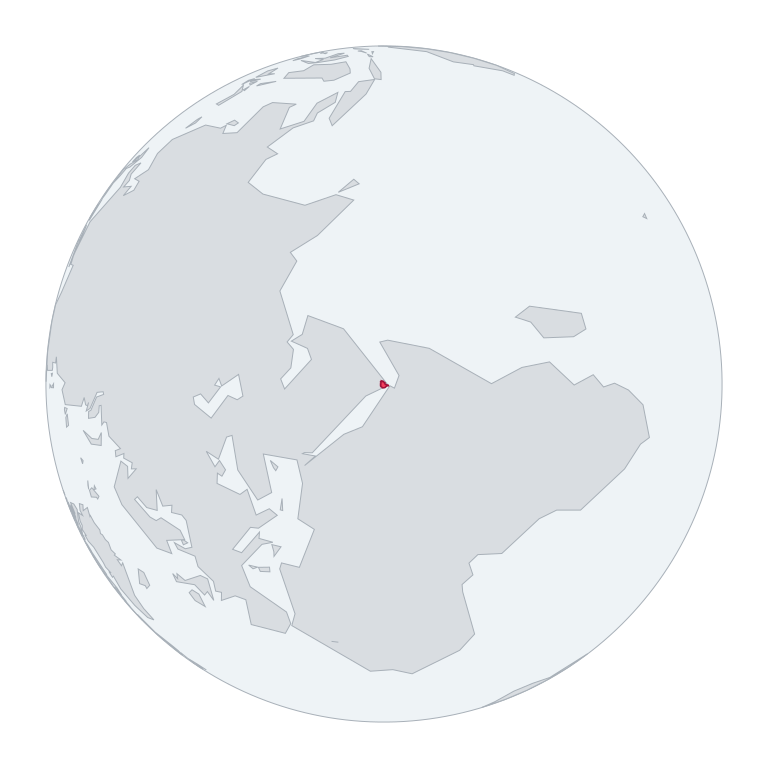 globe centered on Ta`izz, rotated 255°
{"feature_id": "YEM-158", "entity_name": "Ta`izz", "entity_type": "Governorate", "adm_level": 1, "iso_a3": "YEM", "parent_name": "Yemen", "parent_adm1": "", "projection": "orthographic", "projection_center": [43.878, 13.272], "detail": "fine", "context": "on_globe", "style": "filled", "palette": "rose", "viewbox_px": 768, "rotation_deg": 255, "n_neighbors": 0, "source": "natural_earth", "source_scale": "10m", "svg_char_len": 10252}
<svg xmlns="http://www.w3.org/2000/svg" viewBox="0 0 768 768"><g transform="rotate(255 384 384)"><circle cx="384" cy="384" r="338" fill="#eef3f6" stroke="#a8b0b8"/><path d="M293.5,58.4L294.2,58.2L283.4,61.4L279.4,62.7L293.5,58.4ZM242.0,77.3L234.0,81.2L224.3,86.2L242.0,77.3ZM223.3,86.8L218.4,89.4L225.4,86.1L203.7,98.6L184.8,112.6L179.5,116.4L174.2,119.2L176.9,117.0L199.5,100.9L223.3,86.8ZM160.2,130.8L160.8,130.3L155.6,135.0L155.4,135.2L160.2,130.8ZM46.3,394.9L48.4,408.8L53.7,429.9L56.4,450.0L57.6,468.1L70.8,510.9L62.6,488.5L56.1,465.6L51.1,442.2L47.9,418.6L46.3,394.9ZM326.0,51.1L324.9,51.3L323.7,51.5L326.0,51.1ZM319.2,52.3L320.2,52.2L322.6,51.8L316.9,53.0L314.8,53.2L319.2,52.3ZM297.7,58.3L300.8,57.1L306.0,55.9L297.7,58.3ZM324.0,51.6L326.0,51.2L328.3,50.8L328.7,50.9L324.0,51.6ZM356.4,47.2L356.1,47.3L345.4,48.3L349.7,47.9L341.1,48.8L345.0,48.3L356.4,47.2ZM336.4,50.0L322.6,52.3L315.7,54.3L310.9,55.2L322.9,51.9L336.4,50.0ZM339.9,49.1L336.6,49.8L332.3,50.3L331.9,50.2L339.9,49.1ZM364.6,46.6L359.4,47.1L362.5,46.8L364.6,46.6ZM335.2,50.4L338.5,49.9L335.2,50.5L335.2,50.4ZM352.9,47.8L354.0,47.6L356.4,47.4L352.9,47.8ZM344.3,49.4L339.9,50.0L339.4,49.7L344.3,49.4ZM348.9,48.6L352.0,48.4L341.9,49.3L349.0,48.4L348.9,48.6ZM355.0,47.7L356.8,47.5L354.2,47.9L355.0,47.7ZM348.5,50.4L335.9,51.6L334.9,50.9L347.3,49.7L348.5,50.4ZM529.7,79.1L528.3,78.5L532.9,80.7L543.6,86.3L545.6,87.3L556.0,96.2L579.1,114.5L580.6,112.5L589.2,117.8L616.8,142.1L642.2,180.3L653.8,191.8L659.6,200.3L660.5,206.5L652.2,194.1L646.5,190.7L641.7,183.5L640.4,190.9L633.4,180.9L635.9,192.5L643.2,199.9L646.8,196.3L652.0,212.0L665.3,224.9L675.0,242.9L680.3,278.7L673.4,292.3L674.7,298.6L667.7,293.2L664.8,307.1L683.0,339.0L684.7,349.2L677.0,371.7L675.7,364.2L657.2,349.7L658.4,374.7L672.6,392.0L677.6,414.9L668.7,409.8L663.0,389.8L656.4,384.1L654.9,362.5L643.1,332.6L633.9,340.8L631.5,328.1L613.9,305.0L598.8,316.2L577.1,353.9L579.3,386.6L569.5,402.4L544.7,358.2L535.4,327.6L525.3,331.6L500.8,307.5L455.2,309.1L449.7,301.3L440.9,305.5L423.7,298.2L415.7,285.5L404.9,286.7L426.5,320.3L438.2,319.3L449.4,305.6L453.1,317.9L469.8,328.2L447.8,359.2L381.7,387.7L377.1,363.3L336.1,296.9L338.3,289.6L338.2,288.7L337.8,287.2L332.2,299.1L325.8,286.2L345.8,332.2L348.3,352.1L380.8,389.2L377.3,393.0L388.3,400.7L425.6,390.8L425.4,398.9L406.7,437.0L356.5,487.9L364.3,521.5L362.5,549.6L333.8,567.4L338.8,588.5L324.3,595.3L325.1,606.9L314.9,618.6L296.9,628.8L263.6,626.5L259.5,616.2L239.7,594.4L211.3,541.2L217.5,518.1L213.7,499.0L189.8,453.9L194.9,430.5L189.0,419.7L176.6,420.5L170.1,407.5L162.8,406.2L119.0,406.8L107.2,388.2L96.8,336.2L105.8,318.6L110.1,296.5L174.5,232.4L185.1,238.6L232.4,235.4L237.7,238.7L228.8,254.8L261.6,279.1L276.1,265.9L309.1,279.6L333.2,280.3L347.6,249.3L308.2,247.4L304.6,232.0L338.8,220.5L373.7,223.9L373.5,218.2L354.2,204.6L365.0,194.9L347.8,199.3L352.7,205.3L342.1,208.7L336.9,203.6L341.0,200.0L331.2,197.0L314.6,216.3L317.7,224.5L290.5,226.6L293.2,240.9L284.8,246.9L277.2,225.4L280.1,217.9L263.5,195.0L257.9,202.8L273.2,225.4L267.2,223.3L259.9,235.7L260.7,224.6L245.5,199.5L222.8,202.3L189.0,230.8L176.7,231.9L168.7,224.2L186.0,193.5L211.4,194.7L217.9,185.4L217.0,170.9L224.8,173.1L227.5,167.8L237.5,168.2L255.8,157.1L266.6,156.9L277.9,142.2L285.0,140.5L276.3,149.4L276.0,156.2L303.4,157.6L309.8,154.8L314.9,145.5L321.8,147.8L323.3,138.7L341.0,136.6L320.6,132.2L326.1,122.8L338.9,116.6L337.1,113.2L316.1,123.5L311.0,128.6L312.5,134.0L295.5,149.2L285.3,151.2L289.2,133.6L275.1,135.1L284.3,122.1L335.3,99.6L354.5,96.8L377.6,109.9L370.8,115.0L359.1,112.3L366.2,122.7L367.4,118.0L373.1,120.4L379.8,113.4L384.2,114.8L383.1,106.2L389.2,107.2L389.8,112.7L404.8,104.8L418.6,106.0L419.9,103.7L417.4,100.8L436.6,105.2L436.7,103.3L430.4,101.1L426.6,96.2L427.3,89.7L433.9,91.6L434.5,94.1L445.8,103.0L446.5,110.5L449.2,110.7L450.2,104.7L436.5,93.7L435.0,89.4L442.6,93.9L439.7,91.9L441.1,90.4L448.6,90.9L440.8,85.9L446.6,70.8L461.8,71.5L467.8,76.3L478.9,71.2L495.1,74.6L489.3,72.2L490.7,69.6L485.7,68.3L483.0,67.1L484.3,62.5L489.7,63.7L483.7,61.1L480.7,60.2L476.4,59.0L473.7,58.2L502.1,67.4L529.7,79.1ZM149.0,266.7L146.4,273.1L149.0,266.7ZM408.8,244.6L430.9,246.0L424.1,226.7L432.1,226.0L426.8,220.1L423.5,225.4L411.2,209.5L421.9,204.3L420.8,196.4L413.3,195.7L395.8,208.2L413.3,230.3L406.8,238.1L408.8,244.6ZM162.2,130.8L153.8,138.4L159.1,133.2L156.1,135.4L163.5,128.0L177.3,118.0L169.7,123.5L162.2,130.8ZM171.4,121.3L171.0,121.7L171.3,121.4L171.4,121.3ZM232.9,141.8L234.9,145.3L229.0,150.8L215.3,153.7L223.7,145.5L232.9,141.8ZM239.1,149.2L246.8,132.4L255.6,130.8L249.4,134.3L254.4,134.9L245.7,141.0L246.6,157.0L241.4,163.2L219.0,163.6L229.2,159.7L226.6,156.1L239.1,149.2ZM251.0,101.2L254.4,96.3L269.0,98.7L264.1,103.2L250.2,105.6L247.8,102.0L251.0,101.2ZM270.7,65.8L271.1,65.5L273.7,64.7L275.5,64.2L270.7,65.8ZM260.8,69.4L259.9,69.8L267.3,67.2L271.7,65.7L287.7,60.3L299.2,56.9L303.1,55.9L309.9,54.3L313.2,53.8L311.5,54.3L305.9,55.4L307.7,55.4L298.4,57.5L298.7,57.8L271.8,66.8L270.8,66.7L256.2,73.3L248.0,75.9L257.8,71.3L240.5,78.9L246.1,75.8L234.6,81.3L257.2,70.8L258.6,70.2L260.8,69.4ZM345.3,61.9L339.5,60.7L341.5,65.5L332.2,65.7L333.0,66.3L325.0,68.2L316.6,71.7L312.9,71.4L311.2,73.0L305.8,74.6L302.3,76.8L294.4,77.5L289.4,80.5L288.5,79.2L282.1,84.3L283.3,80.9L276.4,83.4L278.9,85.3L244.5,88.4L229.2,93.8L215.7,100.7L219.6,95.3L234.6,86.0L254.2,76.7L268.4,72.9L267.6,71.7L274.1,69.7L272.1,71.5L279.2,67.7L284.0,66.7L301.5,61.4L308.7,57.7L315.3,56.1L314.9,57.1L321.7,54.9L325.4,55.9L330.2,55.0L338.6,55.6L335.0,58.9L340.6,57.7L347.3,58.8L345.3,61.9ZM350.6,50.6L348.4,53.3L342.3,55.1L330.2,53.4L325.4,54.1L317.4,54.1L326.5,51.8L328.0,51.9L331.5,51.5L327.2,52.4L333.3,51.4L335.4,51.8L340.7,51.3L338.6,52.1L350.6,50.6ZM245.9,233.1L250.4,234.2L257.9,234.1L253.4,242.4L245.9,233.1ZM235.0,216.0L239.4,215.3L236.7,226.0L232.1,225.2L235.0,216.0ZM244.1,206.4L239.8,214.5L239.4,209.7L244.1,206.4ZM280.6,148.6L285.5,147.9L285.2,150.1L281.4,153.3L280.6,148.6ZM349.3,79.6L347.0,77.7L349.0,77.0L350.6,72.1L357.6,72.0L359.4,74.9L349.3,79.6ZM339.6,254.4L331.4,260.1L328.3,257.0L331.8,255.6L339.6,254.4ZM289.3,251.2L299.8,255.9L288.0,253.4L289.3,251.2ZM357.2,78.7L357.0,76.5L360.7,77.9L357.2,78.7ZM362.8,71.8L367.5,72.9L358.6,71.5L362.8,71.8ZM478.6,677.3L481.2,679.8L475.8,680.6L478.6,677.3ZM421.5,544.7L401.2,592.9L384.9,593.3L380.6,579.4L387.2,550.3L405.8,541.8L414.6,528.2L421.5,544.7ZM706.0,458.3L708.2,458.3L707.8,459.9L706.0,458.3ZM704.0,454.5L707.0,453.3L702.9,458.2L704.0,454.5ZM708.1,452.9L711.1,448.2L712.4,444.9L711.8,448.3L708.1,452.9ZM701.6,455.8L685.9,461.7L678.8,460.0L681.3,453.8L692.8,451.3L701.6,455.8ZM680.6,453.8L668.7,441.7L646.9,400.8L654.9,399.8L676.5,422.2L675.3,427.4L682.6,437.7L680.6,453.8ZM706.5,415.6L705.1,430.6L697.2,432.7L693.1,431.9L690.4,414.3L692.0,404.3L695.6,403.3L705.2,366.5L709.4,372.6L707.4,387.5L710.5,398.7L706.5,415.6ZM581.0,389.5L589.6,407.8L583.8,411.8L581.0,389.5ZM706.1,342.5L704.2,358.2L704.9,338.0L706.1,342.5ZM704.6,324.2L706.3,331.0L703.5,325.1L704.6,324.2ZM677.5,308.0L673.9,310.9L672.3,306.2L676.0,299.7L677.5,308.0ZM682.4,258.5L687.9,272.3L689.2,277.3L684.9,269.5L682.4,258.5ZM417.1,81.4L407.0,87.7L404.5,93.6L410.3,98.4L397.8,94.9L401.7,85.7L417.1,81.4ZM442.3,71.6L437.1,68.3L442.1,68.7L444.0,69.5L442.3,71.6ZM437.2,70.3L425.7,68.6L424.5,66.2L433.9,68.0L437.2,70.3ZM391.3,71.9L387.8,73.5L384.9,72.2L391.3,71.9ZM662.6,575.3L650.1,590.3L648.5,589.6L655.8,579.7L668.1,553.2L669.3,553.1L677.2,534.4L694.0,511.2L708.2,475.6L709.6,474.5L711.9,465.7L705.2,488.9L696.9,511.6L687.0,533.6L675.5,554.9L662.6,575.3ZM711.1,456.3L715.1,442.8L716.1,440.8L711.1,456.3ZM721.0,408.4L721.3,402.7L721.6,398.2L721.0,408.4ZM721.7,396.7L721.3,393.9L721.9,388.8L721.7,396.7ZM719.0,411.2L718.7,415.2L718.2,412.9L719.0,411.2ZM719.8,408.1L720.7,410.2L719.5,411.5L719.8,408.1ZM712.3,401.0L713.2,409.5L716.2,401.7L713.9,411.5L714.9,425.2L713.8,431.4L713.0,416.4L711.1,433.6L709.7,434.2L709.8,420.3L711.8,402.0L713.2,393.9L718.0,387.5L712.3,401.0ZM720.2,397.0L719.7,386.9L719.9,379.6L720.5,384.5L720.2,397.0ZM716.6,363.4L713.4,352.9L712.0,358.8L713.4,339.5L716.5,352.7L716.6,363.4ZM711.5,338.4L710.4,343.8L710.6,332.9L711.5,338.4ZM709.2,340.1L707.4,332.0L709.2,332.1L709.2,340.1ZM712.5,338.2L710.1,324.0L712.4,331.7L712.5,338.2ZM702.6,314.2L709.0,325.5L703.4,322.5L696.0,296.4L697.9,294.6L702.6,314.2ZM668.3,207.3L663.9,200.9L663.6,198.5L666.8,203.5L668.3,207.3ZM658.6,187.7L662.1,195.9L664.2,203.9L666.8,206.3L673.1,218.2L665.6,208.5L659.3,194.7L658.9,190.9L652.5,181.6L648.3,174.6L639.3,164.0L635.4,159.0L643.4,167.8L658.6,187.7ZM635.4,159.6L618.3,141.6L620.7,142.9L625.0,147.2L631.8,154.6L630.2,153.4L635.4,159.6ZM614.9,137.9L613.0,136.8L584.1,114.0L578.6,109.8L601.9,126.3L601.4,126.5L608.1,132.3L614.9,137.9ZM480.2,66.5L477.0,65.0L480.2,65.3L480.2,66.5ZM469.9,61.2L468.5,61.8L467.2,60.4L469.9,61.2ZM465.9,63.8L466.6,61.7L469.8,64.9L465.9,63.8Z" fill="#d9dde1" stroke="#a8b0b8" stroke-width="1"/><path d="M382.0,387.4L381.9,387.5L381.6,387.5L381.6,387.4L381.7,386.9L381.7,386.7L381.6,386.3L381.4,386.2L381.3,385.9L381.2,385.9L381.2,385.7L380.9,385.2L380.8,384.8L380.7,384.8L380.4,384.3L380.3,383.9L380.3,383.7L380.4,382.5L380.5,382.3L380.6,382.2L380.6,381.7L381.0,381.3L381.4,381.2L381.5,381.2L382.1,380.4L382.3,380.4L382.9,380.2L383.0,380.5L383.4,380.5L383.5,380.5L383.8,380.5L384.0,380.4L384.1,380.5L384.4,380.6L384.5,380.6L384.4,380.8L384.5,380.9L385.2,381.1L385.4,381.1L385.6,381.2L386.0,381.3L386.3,381.4L386.5,381.5L386.7,381.4L386.9,381.3L387.0,381.2L387.1,381.3L387.1,381.6L387.1,381.8L387.3,381.9L387.5,381.9L387.7,382.0L387.8,382.2L387.7,382.3L387.5,382.5L387.4,382.5L387.2,382.6L387.3,382.6L387.2,382.7L386.9,382.8L386.9,383.0L387.0,383.1L387.3,383.2L387.3,383.3L387.2,383.4L386.9,383.4L386.7,383.4L386.7,383.5L386.8,383.7L386.7,383.9L386.8,384.0L386.7,384.1L386.3,384.3L386.1,384.3L385.8,384.3L385.7,384.4L385.6,384.5L385.4,384.7L385.4,384.8L385.3,385.0L385.2,385.1L384.9,384.9L384.8,385.2L384.8,385.3L384.7,385.3L384.6,385.2L384.4,385.1L384.2,385.0L384.0,384.9L383.9,384.9L383.8,385.0L383.7,385.0L383.4,385.2L383.2,385.2L383.1,385.3L383.2,385.5L383.0,386.0L382.6,386.3L382.2,387.0L382.0,387.4ZM381.4,387.5L381.5,387.6L381.5,387.8L381.4,387.8L381.3,387.7L381.2,387.7L381.3,387.5L381.4,387.5Z" fill="#f43f5e" stroke="#9f1239" stroke-width="1.5"/></g></svg>